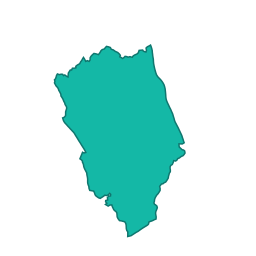 the district of Rio dos Bois, Tocantins, Brazil, rotated 319°
{"feature_id": "56859067B30920938893313", "entity_name": "Rio dos Bois", "entity_type": "district", "adm_level": 2, "iso_a3": "BRA", "parent_name": "Brazil", "parent_adm1": "Tocantins", "projection": "orthographic", "projection_center": [-48.454, -9.239], "detail": "fine", "context": "isolated", "style": "filled", "palette": "teal", "viewbox_px": 256, "rotation_deg": 319, "n_neighbors": 0, "source": "geoboundaries", "source_scale": "gbopen_adm2", "svg_char_len": 3742}
<svg xmlns="http://www.w3.org/2000/svg" viewBox="0 0 256 256"><g transform="rotate(319 128 128)"><path d="M71.5,119.7L71.9,121.3L72.0,122.8L71.2,123.9L70.8,125.4L70.2,126.7L69.2,128.3L68.5,130.2L68.0,132.3L67.4,134.8L66.2,136.5L65.2,138.3L64.1,140.0L62.7,141.6L61.6,142.9L60.7,144.6L60.1,146.4L58.9,148.1L58.2,150.0L59.5,151.6L60.7,153.1L60.2,154.9L59.6,156.2L59.2,157.7L59.5,159.4L60.0,161.4L60.9,162.9L62.9,163.2L65.0,163.5L66.5,163.5L67.3,164.8L69.4,165.5L71.3,165.3L71.4,166.7L70.2,167.8L68.7,166.7L66.8,167.0L65.5,169.0L63.6,168.1L62.7,169.0L62.7,170.9L60.8,170.9L61.3,172.3L61.8,173.9L63.8,174.3L65.3,175.4L64.5,177.3L64.1,178.8L63.7,180.2L63.7,181.6L64.1,183.0L63.9,184.7L62.7,186.4L61.5,188.0L61.0,189.9L60.8,192.3L62.1,193.8L62.9,195.0L64.0,196.6L63.7,198.6L62.8,200.2L61.7,201.6L60.6,203.0L59.9,204.5L59.7,206.2L58.3,207.9L56.6,209.7L59.7,211.3L65.7,212.1L67.7,212.6L70.3,212.8L73.0,213.1L79.3,214.1L80.6,213.9L82.0,212.7L83.5,213.1L84.8,213.7L86.4,214.2L87.8,214.5L89.4,215.1L90.9,213.6L92.0,211.8L92.9,210.4L94.2,209.3L96.2,208.3L97.8,207.4L98.6,205.9L98.4,204.2L98.0,202.9L98.4,201.5L99.9,200.6L100.9,199.6L102.1,198.8L103.5,198.2L105.6,197.5L107.6,197.3L109.4,196.8L111.2,196.2L112.5,194.8L113.6,192.8L115.2,192.5L116.5,192.2L117.7,193.0L119.1,193.0L121.0,193.5L122.7,193.1L124.0,192.7L125.5,192.2L126.9,191.0L128.3,190.1L129.6,189.2L131.2,188.8L132.4,187.5L133.1,186.3L134.3,184.9L135.8,184.3L137.5,184.6L139.6,183.6L141.1,182.6L142.3,184.2L144.0,184.3L145.4,183.7L147.1,184.3L149.4,184.4L151.4,185.0L152.9,184.8L154.6,184.3L155.7,182.5L155.5,181.1L154.6,179.9L154.4,178.0L154.2,176.0L155.0,174.7L156.1,173.4L157.4,174.6L158.6,175.7L160.7,176.0L161.4,174.2L162.1,172.7L162.8,170.9L163.5,169.4L163.9,168.2L164.4,166.4L165.0,164.3L165.4,162.8L165.9,161.2L166.3,159.5L166.7,157.8L167.1,156.2L167.4,154.7L168.0,153.0L169.0,151.0L170.0,148.7L170.9,146.8L171.4,145.2L171.8,143.8L172.4,142.0L172.8,140.3L173.2,138.8L173.7,137.2L174.2,135.3L175.0,132.8L175.8,131.1L176.9,129.4L178.3,127.6L179.4,126.1L180.6,124.4L181.7,122.8L182.7,120.9L183.5,119.1L184.0,116.9L184.2,115.3L184.3,113.9L184.3,112.3L184.2,110.8L184.1,108.9L184.4,106.7L185.2,104.6L186.1,102.7L186.8,101.2L187.6,99.7L188.6,97.9L189.6,96.2L190.9,94.4L192.1,92.9L193.2,91.1L194.0,89.8L195.0,88.4L195.9,87.0L197.1,85.4L198.1,83.5L198.9,81.6L199.4,80.2L197.7,79.9L195.9,79.4L194.1,79.5L192.8,81.6L191.4,82.4L190.6,81.3L190.0,80.1L190.2,78.8L188.7,77.7L187.3,76.7L186.1,77.4L185.0,78.0L183.1,78.0L181.4,77.4L179.3,77.0L177.6,77.4L176.2,75.4L174.5,74.6L173.9,73.3L172.8,72.0L171.0,72.2L169.5,71.9L169.1,70.3L168.5,68.9L169.9,68.1L170.0,66.6L169.8,64.3L168.7,61.9L168.1,59.3L167.0,57.6L167.5,55.7L166.5,53.9L165.3,52.3L163.5,52.5L162.0,52.8L159.9,51.9L158.1,52.0L156.7,52.6L155.5,52.9L153.8,53.2L152.6,51.2L151.2,49.4L149.1,49.4L147.2,49.6L145.6,50.1L144.0,51.8L142.3,52.2L141.5,50.5L139.8,50.0L140.2,48.4L140.5,47.1L140.7,45.5L139.1,46.0L137.3,46.7L135.7,47.0L133.7,47.8L131.8,47.4L130.4,47.2L129.1,47.2L128.2,48.4L126.8,47.7L125.3,46.4L123.5,47.2L122.5,46.4L121.0,46.8L119.0,47.4L117.7,48.7L116.2,50.1L115.6,48.8L115.1,46.5L113.7,46.1L113.9,44.6L112.8,43.5L111.2,42.7L110.2,40.9L108.6,41.4L107.0,42.5L105.5,43.3L104.1,43.4L103.5,44.8L102.1,45.7L101.7,47.4L101.3,49.3L101.4,50.9L101.2,52.5L100.5,54.1L100.1,56.2L99.5,58.4L98.4,59.9L98.2,61.8L97.8,63.7L97.1,65.6L96.7,67.5L95.9,69.1L95.7,70.7L95.3,72.1L94.4,73.1L93.1,73.9L91.5,74.9L90.2,76.4L89.0,77.7L87.1,78.1L85.3,77.5L84.1,80.2L83.7,82.4L83.8,85.3L83.8,87.5L83.9,89.0L83.9,91.0L84.0,92.5L84.0,93.9L84.1,95.5L84.0,96.9L83.5,99.4L83.3,100.9L83.0,102.8L82.5,105.4L82.2,107.8L81.8,110.0L81.5,112.0L81.2,114.1L80.7,116.9L80.1,118.8L78.3,117.9L77.8,116.5L71.5,119.7Z" fill="#14b8a6" stroke="#0f766e" stroke-width="1.5"/></g></svg>